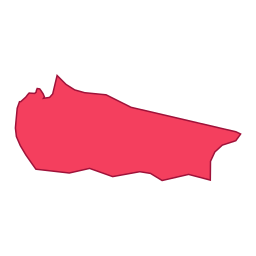 map outline of Redcar and Cleveland (Natural Earth projection)
{"feature_id": "GBR-2032", "entity_name": "Redcar and Cleveland", "entity_type": "Unitary Authority", "adm_level": 1, "iso_a3": "GBR", "parent_name": "United Kingdom", "parent_adm1": "", "projection": "natural_earth1", "projection_center": [-1.077, 54.567], "detail": "fine", "context": "isolated", "style": "filled", "palette": "rose", "viewbox_px": 256, "rotation_deg": 0, "n_neighbors": 0, "source": "natural_earth", "source_scale": "10m", "svg_char_len": 653}
<svg xmlns="http://www.w3.org/2000/svg" viewBox="0 0 256 256"><path d="M29.2,93.0L29.7,93.1L34.6,93.4L36.0,92.3L36.5,90.2L37.2,88.5L39.7,88.9L41.0,90.6L43.1,93.8L44.4,96.9L43.5,98.3L49.6,97.4L52.7,93.9L57.1,75.5L66.0,84.4L74.7,89.9L84.6,92.7L106.1,94.8L131.0,107.3L236.0,131.8L240.6,134.0L240.3,134.5L235.8,140.7L222.3,145.1L214.8,152.0L210.5,161.3L210.3,180.1L188.6,174.4L162.1,180.5L150.5,173.4L139.8,171.7L112.7,176.6L89.6,168.4L69.3,173.0L35.9,169.2L32.2,164.0L25.9,155.0L20.3,145.6L16.4,136.6L15.4,128.0L15.9,122.2L17.2,108.2L19.5,101.7L20.7,101.7L25.8,97.1L27.8,94.5L29.2,93.0L29.2,93.0Z" fill="#f43f5e" stroke="#9f1239" stroke-width="1.5"/></svg>